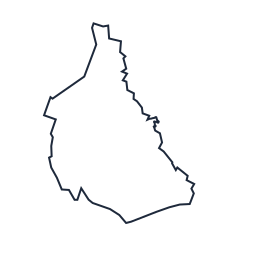 outline of Blount, Alabama, United States of America, rotated 109°
{"feature_id": "52423323B18752105909631", "entity_name": "Blount", "entity_type": "district", "adm_level": 2, "iso_a3": "USA", "parent_name": "United States of America", "parent_adm1": "Alabama", "projection": "natural_earth1", "projection_center": [-86.638, 34.013], "detail": "fine", "context": "isolated", "style": "outline", "palette": "slate", "viewbox_px": 256, "rotation_deg": 109, "n_neighbors": 0, "source": "geoboundaries", "source_scale": "gbopen_adm2", "svg_char_len": 1550}
<svg xmlns="http://www.w3.org/2000/svg" viewBox="0 0 256 256"><g transform="rotate(109 128 128)"><path d="M37.6,180.1L40.1,184.6L40.3,194.6L45.0,194.6L59.4,185.2L85.6,185.9L93.6,186.1L124.8,208.9L124.1,211.3L140.5,211.5L143.3,211.5L143.4,199.1L158.6,199.1L161.2,196.1L170.0,194.7L179.6,191.0L181.7,193.0L190.4,187.7L198.2,179.0L207.7,170.6L205.8,163.7L213.3,155.1L212.4,152.5L200.2,152.6L208.6,141.9L210.4,137.0L210.5,118.6L213.1,107.9L218.4,98.9L215.6,94.6L197.9,73.7L195.6,70.8L189.5,63.1L187.3,59.8L183.5,54.1L179.8,44.9L177.4,44.8L168.4,44.5L164.7,48.3L159.4,47.2L158.2,55.6L153.8,56.0L149.3,68.5L152.2,69.1L147.1,74.8L146.0,74.9L138.6,86.6L136.9,92.1L130.6,91.1L122.6,96.1L121.6,101.4L121.1,101.9L120.7,102.1L119.6,102.9L118.9,103.5L118.6,103.8L118.3,104.1L118.0,104.0L117.9,103.8L118.0,103.3L117.8,102.8L117.7,102.6L117.3,102.5L117.1,102.5L116.9,102.7L116.5,103.5L116.0,103.8L115.0,104.2L114.5,104.5L113.9,105.3L113.5,105.4L113.3,105.3L113.2,105.1L113.2,103.9L112.9,103.2L112.9,102.9L113.2,102.2L113.2,101.7L113.2,101.3L113.0,101.1L112.7,101.1L112.2,101.0L111.9,101.1L111.7,101.7L111.3,102.5L111.1,102.9L110.3,103.6L109.1,104.4L108.6,104.8L108.6,105.0L108.7,105.4L109.2,105.9L109.7,106.1L110.2,107.0L110.7,107.9L111.2,108.6L111.7,109.3L111.8,109.6L112.1,110.3L112.4,110.8L113.8,112.3L109.5,111.9L109.4,118.9L104.2,121.5L99.8,128.2L98.7,132.2L93.3,133.7L92.3,141.0L84.7,144.6L84.6,148.4L76.9,146.6L76.6,152.0L72.5,149.0L63.7,155.0L61.1,153.8L58.8,160.2L48.3,162.9L49.5,175.0L37.6,180.1Z" fill="none" stroke="#1e293b" stroke-width="2"/></g></svg>